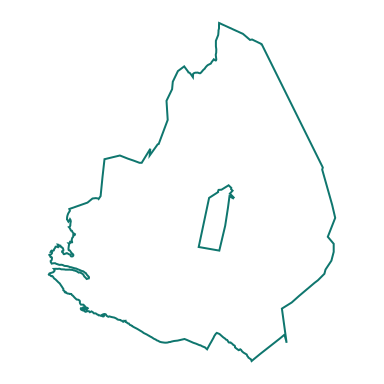 the district of San Pedro Tapanatepec, Oaxaca, Mexico
{"feature_id": "50627088B78026190251836", "entity_name": "San Pedro Tapanatepec", "entity_type": "district", "adm_level": 2, "iso_a3": "MEX", "parent_name": "Mexico", "parent_adm1": "Oaxaca", "projection": "equal_earth", "projection_center": [-94.317, 16.304], "detail": "fine", "context": "isolated", "style": "outline", "palette": "teal", "viewbox_px": 384, "rotation_deg": 0, "n_neighbors": 0, "source": "geoboundaries", "source_scale": "gbopen_adm2", "svg_char_len": 5786}
<svg xmlns="http://www.w3.org/2000/svg" viewBox="0 0 384 384"><path d="M322.8,167.5L261.8,44.4L261.4,44.4L261.2,43.9L252.1,39.5L250.0,39.9L243.0,33.9L219.1,23.0L219.0,25.0L219.0,28.4L218.5,30.5L218.5,31.7L218.2,35.0L215.9,40.8L215.9,46.3L216.3,49.3L216.2,52.7L215.8,54.5L215.8,55.4L216.3,59.4L216.1,60.2L215.8,60.5L215.2,60.3L214.5,59.9L213.8,59.3L211.5,62.3L210.9,63.5L209.8,64.1L208.1,64.9L207.3,65.5L206.4,66.4L205.3,67.7L204.8,68.6L203.3,69.9L201.2,72.4L200.3,73.2L199.4,73.2L197.7,72.6L195.2,72.7L193.9,73.2L193.1,73.9L192.9,77.2L190.8,74.2L189.9,73.1L188.9,72.5L188.4,72.4L188.2,71.8L184.2,66.4L177.9,71.1L172.8,81.7L172.1,89.2L166.5,100.8L167.7,119.9L158.7,144.0L157.7,144.3L149.7,155.5L150.3,148.8L141.7,162.8L139.5,162.8L133.6,160.6L128.0,158.7L119.9,155.5L104.5,159.2L102.5,177.1L100.6,196.1L98.7,198.9L98.5,198.6L95.9,198.1L92.5,198.5L87.5,202.6L69.3,209.0L69.9,210.8L68.2,213.5L67.5,215.4L67.1,217.2L67.0,219.5L67.6,220.1L68.0,221.1L68.4,221.7L69.6,220.0L70.0,219.2L70.5,220.0L70.8,221.3L70.4,223.6L70.3,225.6L70.0,226.3L69.4,226.9L68.9,227.1L69.7,228.0L71.0,230.6L71.9,230.8L72.3,231.6L72.6,232.3L73.0,232.9L75.0,234.2L74.8,234.9L74.3,235.1L73.2,235.2L73.4,236.1L73.1,236.9L72.4,237.6L71.8,239.4L71.7,240.2L72.1,241.9L72.1,242.3L71.8,242.4L71.5,242.2L70.9,241.6L70.1,241.7L70.1,243.0L69.9,243.1L69.3,243.3L68.6,243.3L69.1,243.9L69.2,244.4L68.9,245.2L68.5,248.2L68.5,249.1L68.6,249.9L68.8,250.2L69.6,250.3L69.9,250.6L71.7,253.2L72.7,253.9L72.7,254.3L73.3,254.8L73.3,255.6L72.7,256.3L72.0,256.5L71.2,256.4L70.7,255.9L70.6,254.8L70.3,254.6L69.5,254.5L66.9,253.1L66.5,253.4L65.6,253.5L64.7,254.0L63.9,254.2L63.7,254.1L63.0,252.8L62.1,252.0L62.1,251.3L63.3,250.7L63.4,250.2L63.3,249.5L62.9,248.3L62.6,247.9L62.1,247.7L61.5,246.9L60.5,246.7L60.4,246.3L60.5,246.0L60.4,245.7L59.9,245.8L59.1,245.5L58.6,244.8L57.7,244.6L57.8,244.9L58.4,245.4L58.6,245.9L58.4,246.8L58.1,247.2L56.4,246.6L55.6,246.7L55.2,247.7L54.3,249.0L54.0,249.5L53.9,250.2L53.7,250.5L52.8,250.8L51.7,250.6L51.0,251.2L50.8,251.6L50.7,251.9L51.7,251.8L52.0,252.4L52.1,252.8L51.9,253.3L51.4,254.0L51.1,254.3L50.4,254.7L49.5,254.7L49.3,254.9L50.4,256.4L50.4,256.8L50.7,257.1L51.3,257.0L51.7,257.3L52.0,257.9L51.8,259.5L51.5,260.3L51.1,260.8L50.7,261.0L50.7,261.7L50.9,262.4L51.3,262.8L51.7,263.6L53.2,263.3L55.1,263.2L56.4,263.9L57.9,264.3L58.1,264.5L59.3,264.8L60.0,264.9L61.0,264.7L62.8,265.0L63.3,265.4L64.6,265.9L67.1,266.1L68.6,266.5L69.9,267.1L70.7,267.1L74.7,268.3L76.0,268.5L78.0,269.4L78.7,269.6L79.7,270.1L80.4,270.3L81.3,270.8L83.4,271.4L85.4,273.0L85.8,273.1L86.8,274.7L88.8,276.8L89.0,277.4L88.8,278.4L87.6,278.6L87.1,278.9L86.7,279.0L85.3,277.4L84.3,276.5L83.4,274.8L82.8,274.1L81.3,273.1L79.9,272.5L79.4,272.4L78.7,272.6L76.7,271.3L74.6,270.5L74.1,270.5L72.4,269.9L69.8,269.7L69.2,269.5L68.6,269.7L65.6,269.7L64.3,269.4L61.3,269.3L59.5,268.7L57.4,268.9L56.2,268.8L53.9,268.9L54.3,269.4L54.5,270.0L54.6,270.5L54.3,271.2L53.9,271.6L53.6,271.6L53.3,272.2L49.5,273.4L48.8,274.5L49.0,274.8L49.6,274.7L50.8,275.9L51.2,275.9L51.5,276.2L52.1,276.0L52.5,276.2L53.4,277.3L53.7,277.9L54.3,278.6L55.5,279.4L58.5,282.4L59.7,283.4L63.4,289.0L63.3,290.2L64.6,291.3L64.8,292.2L65.1,292.4L65.4,291.9L66.1,292.3L66.7,293.1L67.5,293.5L69.1,293.7L69.6,294.0L70.3,293.9L71.3,294.0L71.9,295.0L72.8,295.6L74.7,297.7L76.6,299.5L78.2,299.7L79.4,300.4L79.9,301.2L79.8,302.2L80.1,303.5L80.9,304.6L83.4,304.7L84.8,306.1L85.5,307.2L87.6,308.0L87.8,308.4L87.1,308.9L86.8,309.6L86.2,309.5L85.5,309.2L83.7,307.8L83.5,307.5L83.2,307.4L83.0,307.6L82.9,308.5L83.3,309.2L84.2,309.5L84.2,310.1L83.9,310.2L83.5,310.0L82.2,308.6L81.8,308.4L81.6,308.6L81.0,308.2L80.8,308.4L80.8,309.0L81.0,309.4L81.4,309.8L83.0,310.5L84.4,310.8L84.7,311.3L85.1,311.6L85.7,311.8L86.1,311.7L86.8,311.2L88.4,311.2L88.9,311.2L89.9,312.2L91.5,311.4L92.8,312.2L93.8,313.3L94.3,313.4L95.1,313.3L96.1,313.6L97.4,314.6L98.2,314.8L98.6,315.3L99.0,315.2L99.6,315.3L100.4,315.7L101.6,315.9L102.8,316.4L103.6,316.4L103.9,316.1L104.1,315.6L103.9,315.3L103.5,315.4L102.5,315.2L102.2,314.8L103.4,314.2L104.7,314.0L105.4,314.2L105.9,314.5L106.6,315.8L108.3,316.8L109.3,316.4L111.9,317.1L114.4,317.6L116.7,318.7L117.4,319.4L118.3,319.7L120.4,320.0L121.1,320.6L122.0,320.8L123.0,321.7L123.4,321.8L123.8,321.6L124.1,320.8L124.9,321.0L125.6,320.8L125.9,322.1L126.6,322.3L127.7,323.3L128.8,323.5L129.3,324.2L130.1,325.0L131.3,325.4L131.7,325.8L132.2,325.9L132.3,326.2L133.6,327.0L137.1,328.8L142.6,332.1L143.5,332.9L146.8,334.5L149.1,335.9L149.4,335.9L150.4,336.7L151.3,337.0L153.8,338.7L155.8,339.6L156.7,340.3L158.3,340.9L159.6,341.7L161.4,342.2L164.2,342.6L165.8,342.7L167.8,342.5L168.9,342.1L170.3,342.0L171.4,341.6L174.0,341.0L177.6,340.6L184.5,339.0L186.8,339.9L193.4,342.8L196.1,343.7L199.6,345.2L200.5,345.3L202.6,346.5L203.4,346.7L203.9,347.0L204.7,347.2L207.1,349.3L210.2,343.6L211.1,342.1L213.6,337.6L214.2,336.2L215.8,333.8L216.8,332.9L219.5,334.0L223.2,337.3L225.2,338.7L226.0,339.6L227.2,340.0L228.5,342.1L229.1,342.6L230.3,342.4L230.8,342.6L231.1,343.1L232.1,343.6L233.4,345.0L233.9,345.2L234.7,345.7L235.0,346.5L235.0,347.3L235.7,348.0L238.7,350.2L239.3,350.0L239.6,349.6L240.3,349.3L241.1,349.9L242.0,351.3L243.5,352.6L246.7,354.5L247.3,356.0L248.1,356.9L248.4,357.6L251.0,359.4L251.6,361.0L260.0,354.1L279.5,338.8L284.1,335.0L284.5,335.3L284.9,335.9L285.0,336.7L286.0,340.2L286.6,342.8L281.9,308.6L291.7,302.5L299.1,295.9L314.6,282.8L317.9,280.3L324.4,273.8L325.5,269.6L331.4,260.7L333.7,251.9L333.7,243.8L327.8,236.8L335.2,217.9L332.2,205.0L322.2,169.6L322.8,167.5ZM229.9,193.6L233.7,197.5L233.4,197.8L233.1,198.3L232.7,198.1L229.5,196.1L228.0,207.5L225.2,225.7L219.3,250.6L198.7,247.0L209.1,197.9L218.1,192.1L218.0,191.4L218.6,189.9L221.5,189.7L228.6,185.3L231.3,187.9L231.1,189.2L232.6,190.7L229.9,193.6Z" fill="none" stroke="#0f766e" stroke-width="2"/></svg>